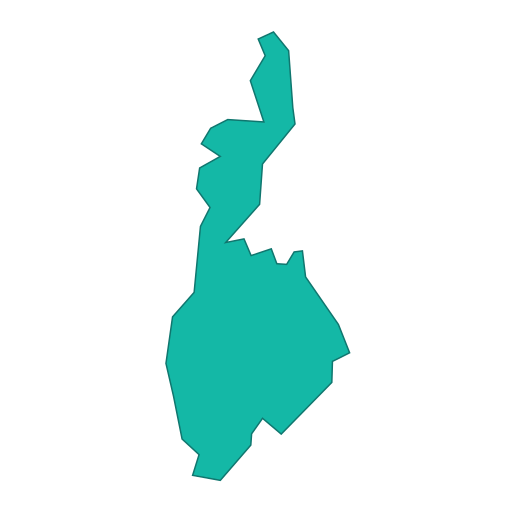 Balikchi, Andijon, Uzbekistan, rotated 269°
{"feature_id": "79887680B83783750285082", "entity_name": "Balikchi", "entity_type": "district", "adm_level": 2, "iso_a3": "UZB", "parent_name": "Uzbekistan", "parent_adm1": "Andijon", "projection": "albers", "projection_center": [71.96, 40.86], "detail": "fine", "context": "isolated", "style": "filled", "palette": "teal", "viewbox_px": 512, "rotation_deg": 269, "n_neighbors": 0, "source": "geoboundaries", "source_scale": "gbopen_adm2", "svg_char_len": 703}
<svg xmlns="http://www.w3.org/2000/svg" viewBox="0 0 512 512"><g transform="rotate(269 256 256)"><path d="M157.6,347.9L186.1,337.2L191.5,333.6L234.2,305.2L260.3,302.5L259.4,294.2L247.1,286.5L247.9,276.7L262.9,271.4L256.5,251.1L273.3,244.3L270.0,225.9L307.6,260.5L347.9,264.1L387.3,297.3L403.6,295.4L460.7,292.2L479.7,277.4L472.9,262.0L456.1,268.7L431.4,253.4L389.9,266.2L392.9,230.1L384.5,212.9L369.1,203.3L356.2,222.0L345.0,201.2L324.2,197.7L305.3,210.9L286.6,201.0L220.7,193.5L196.6,171.5L150.2,164.1L117.2,171.1L74.3,178.9L58.4,195.6L37.8,188.8L32.3,216.4L67.0,247.5L78.3,248.5L93.6,259.7L77.5,278.1L128.3,329.6L149.3,330.6L157.6,347.9Z" fill="#14b8a6" stroke="#0f766e" stroke-width="1.5"/></g></svg>